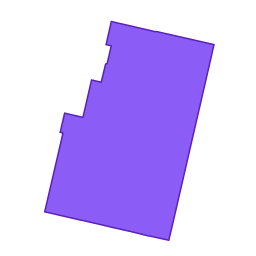 Washington, Utah, United States of America (Robinson projection), rotated 283°
{"feature_id": "52423323B49385096596015", "entity_name": "Washington", "entity_type": "district", "adm_level": 2, "iso_a3": "USA", "parent_name": "United States of America", "parent_adm1": "Utah", "projection": "robinson", "projection_center": [-113.676, 37.309], "detail": "fine", "context": "isolated", "style": "filled", "palette": "violet", "viewbox_px": 256, "rotation_deg": 283, "n_neighbors": 0, "source": "geoboundaries", "source_scale": "gbopen_adm2", "svg_char_len": 624}
<svg xmlns="http://www.w3.org/2000/svg" viewBox="0 0 256 256"><g transform="rotate(283 128 128)"><path d="M228.6,193.0L228.4,133.8L228.0,133.1L228.0,87.8L204.3,87.9L204.3,93.2L186.0,93.2L185.3,91.8L166.6,91.6L166.6,81.7L131.6,81.7L128.2,81.7L128.2,62.9L108.5,62.9L108.4,65.8L27.6,65.7L27.6,68.3L27.6,84.0L27.6,87.3L27.6,89.5L27.6,93.6L27.6,102.2L27.7,105.1L27.7,115.0L27.7,131.3L27.6,133.2L27.6,133.3L27.7,143.9L27.7,156.8L27.6,162.1L27.6,164.8L27.4,171.2L27.6,173.9L27.6,174.5L27.8,193.0L42.6,193.1L113.7,193.1L124.7,193.1L153.0,193.1L216.8,193.1L228.6,193.0Z" fill="#8b5cf6" stroke="#5b21b6" stroke-width="1.5"/></g></svg>